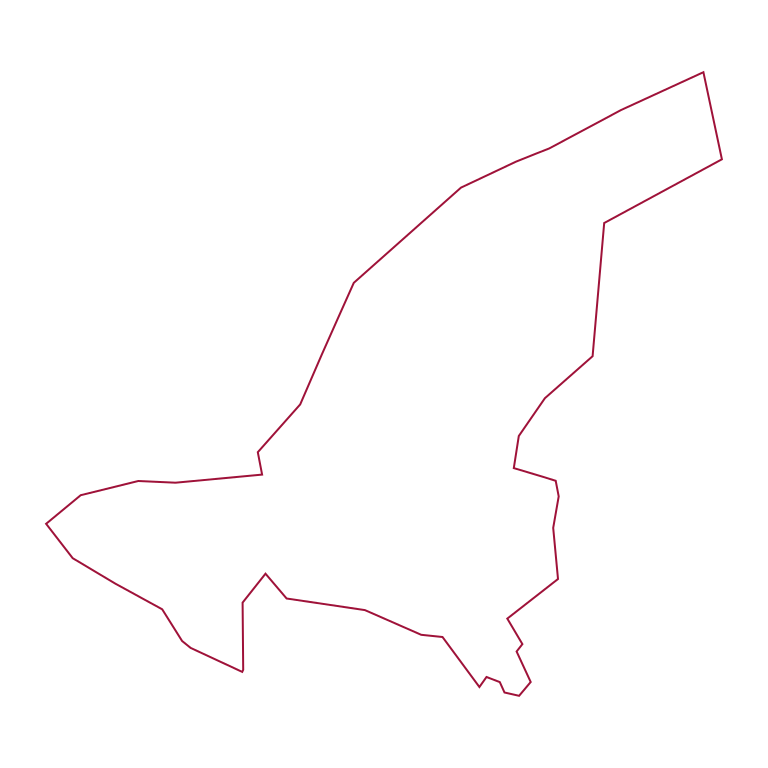 outline of Marte, Borno, Nigeria
{"feature_id": "59680162B30227281044650", "entity_name": "Marte", "entity_type": "district", "adm_level": 2, "iso_a3": "NGA", "parent_name": "Nigeria", "parent_adm1": "Borno", "projection": "albers", "projection_center": [13.832, 12.441], "detail": "fine", "context": "isolated", "style": "outline", "palette": "rose", "viewbox_px": 768, "rotation_deg": 0, "n_neighbors": 0, "source": "geoboundaries", "source_scale": "gbopen_adm2", "svg_char_len": 747}
<svg xmlns="http://www.w3.org/2000/svg" viewBox="0 0 768 768"><path d="M522.4,644.1L512.1,626.7L507.3,618.6L558.0,579.0L553.2,527.9L558.7,496.4L555.7,480.8L542.9,476.8L513.8,468.1L518.8,436.0L544.9,398.2L592.6,356.2L604.2,223.0L721.9,159.3L703.4,72.2L621.1,110.0L549.1,148.5L536.1,153.6L515.9,161.7L461.0,187.6L353.8,282.8L338.5,317.0L321.9,354.3L300.2,404.4L257.8,452.2L262.1,474.6L175.5,482.7L138.3,481.0L80.7,495.2L46.1,523.8L72.7,558.2L115.6,583.8L162.2,609.3L182.1,641.0L190.6,647.9L242.2,671.9L243.2,669.8L242.6,602.6L265.5,573.7L286.6,598.5L364.9,610.1L400.7,625.8L421.2,634.8L442.5,637.0L479.4,687.0L486.5,677.0L499.8,682.1L504.5,692.5L519.1,695.8L530.7,682.0L516.6,651.5L522.4,644.1Z" fill="none" stroke="#9f1239" stroke-width="2"/></svg>